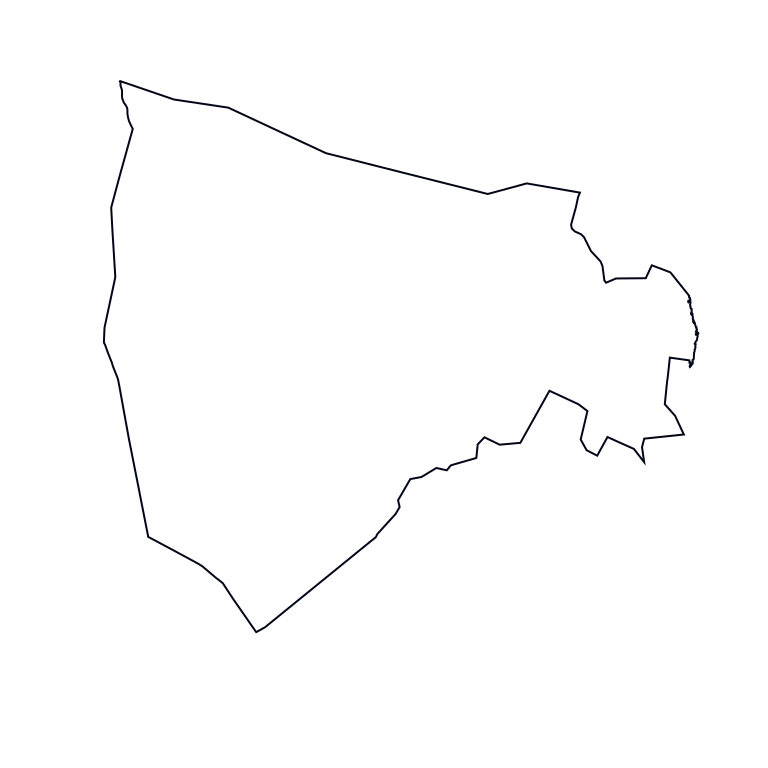 the district of Al Ganab, Red Sea, Sudan, rotated 8°
{"feature_id": "16777658B97228063474151", "entity_name": "Al Ganab", "entity_type": "district", "adm_level": 2, "iso_a3": "SDN", "parent_name": "Sudan", "parent_adm1": "Red Sea", "projection": "robinson", "projection_center": [36.252, 19.345], "detail": "fine", "context": "isolated", "style": "outline", "palette": "ink", "viewbox_px": 768, "rotation_deg": 8, "n_neighbors": 0, "source": "geoboundaries", "source_scale": "gbopen_adm2", "svg_char_len": 3448}
<svg xmlns="http://www.w3.org/2000/svg" viewBox="0 0 768 768"><g transform="rotate(8 384 384)"><path d="M157.4,526.7L171.8,568.2L198.4,577.9L226.0,588.2L229.6,589.9L244.2,599.1L250.1,602.5L252.1,603.7L264.2,617.5L288.8,644.1L292.0,647.5L300.5,641.1L300.9,640.5L380.0,555.3L393.0,541.3L397.2,536.8L398.4,533.3L413.5,511.2L416.6,503.7L414.1,497.1L423.3,474.5L434.0,470.9L447.5,459.9L458.2,460.7L461.4,455.4L463.8,454.2L485.7,444.4L485.7,443.4L485.2,430.8L490.9,422.8L507.0,428.0L527.2,423.3L548.8,367.7L579.4,377.0L589.2,382.5L587.8,397.8L586.5,411.6L593.9,421.4L605.1,425.3L612.7,405.4L622.5,408.3L640.5,413.5L652.5,425.2L648.3,410.6L649.3,401.9L686.7,392.6L688.0,392.3L687.6,391.7L686.9,390.7L676.7,375.0L664.9,365.0L664.0,342.5L664.0,337.9L664.0,336.4L663.5,321.4L663.4,318.1L683.1,318.1L683.5,320.2L684.2,319.9L684.7,320.3L684.9,321.6L684.5,322.1L684.2,324.0L684.6,324.6L685.1,324.0L685.5,323.0L686.2,321.9L686.7,320.9L686.9,319.9L686.7,319.5L686.6,318.8L686.7,318.3L686.4,319.3L686.3,317.2L687.1,316.6L687.2,315.4L686.7,309.8L687.1,308.4L686.8,307.0L687.1,306.0L687.4,304.5L687.0,303.6L687.0,302.6L687.1,301.8L687.0,301.1L686.4,301.1L685.6,301.8L685.9,301.4L686.3,300.7L686.7,298.8L687.7,297.2L687.8,296.2L687.8,295.5L687.7,294.8L688.0,293.5L687.9,292.6L687.3,291.7L687.7,291.2L688.2,290.7L688.2,289.9L687.7,289.5L687.6,289.9L687.4,290.9L687.1,290.4L686.7,291.0L686.5,291.8L686.0,291.8L685.8,291.0L686.2,290.4L686.5,290.4L686.6,289.3L686.2,289.2L686.1,288.9L685.6,288.8L685.7,288.1L686.1,287.6L686.4,286.7L686.2,286.2L685.8,285.8L685.4,285.1L685.7,284.9L685.6,284.4L685.1,284.4L684.2,282.6L683.3,280.5L683.0,280.8L682.6,280.7L682.5,279.9L681.7,279.7L681.5,279.2L682.0,279.2L682.3,278.9L681.7,278.0L681.6,277.6L681.3,277.1L680.9,277.0L680.7,276.4L680.6,275.7L680.6,275.3L680.6,275.0L680.5,274.6L680.2,273.8L679.9,273.3L679.8,272.7L679.9,271.9L679.3,271.5L679.1,271.2L678.8,271.1L678.9,271.7L678.9,272.2L678.7,272.4L678.4,272.1L678.3,271.9L678.2,271.7L677.9,271.2L677.6,271.2L678.0,271.0L678.3,270.8L678.5,270.6L678.9,270.5L678.6,269.6L678.5,269.2L678.4,268.4L678.4,267.9L678.2,267.7L678.3,267.1L678.1,266.8L677.5,266.5L677.2,266.3L677.0,265.8L676.9,265.5L676.6,264.8L676.6,264.1L676.2,263.6L676.1,262.5L676.2,260.7L676.0,259.9L675.8,259.5L675.5,259.9L675.2,259.9L674.8,259.9L674.1,260.7L673.8,260.3L673.9,260.0L673.7,259.6L673.8,259.2L674.1,259.1L674.4,259.4L675.1,259.5L675.5,259.1L675.6,258.8L675.7,258.1L675.2,257.3L675.1,256.5L674.7,256.5L674.3,255.6L674.0,255.5L674.0,255.4L673.9,254.9L673.9,254.4L673.8,254.1L673.7,254.0L652.1,233.6L632.7,229.2L628.5,242.8L599.1,247.2L589.8,252.8L589.2,252.2L587.8,250.8L584.0,237.0L581.5,232.6L570.4,223.5L561.6,210.7L558.1,208.2L551.8,206.4L548.3,203.8L547.1,200.2L549.4,182.6L550.2,171.8L551.4,167.2L550.6,167.2L497.4,165.5L460.3,181.4L372.4,172.0L349.4,169.5L294.3,163.5L191.3,132.0L136.4,131.5L96.9,123.9L80.2,120.7L79.8,120.5L81.2,122.2L81.5,125.1L82.4,126.9L83.1,128.3L83.6,129.5L84.1,132.1L84.4,135.1L85.1,137.8L86.2,139.7L87.1,141.5L89.2,143.6L90.4,145.1L91.4,146.8L91.9,149.1L92.3,151.9L93.1,154.7L94.8,159.0L98.1,164.1L98.9,165.2L99.7,166.4L93.2,215.6L89.3,247.3L93.3,267.8L103.0,315.3L102.8,319.4L100.2,355.7L99.4,366.9L99.7,370.5L100.8,381.2L100.9,382.1L101.5,382.9L102.2,383.8L106.7,392.3L111.3,400.3L112.2,402.2L113.0,404.0L119.2,414.9L120.2,417.1L121.8,421.8L122.0,422.3L134.6,460.5L139.0,473.8L157.2,526.0L157.4,526.7L157.4,526.7Z" fill="none" stroke="#020617" stroke-width="2"/></g></svg>